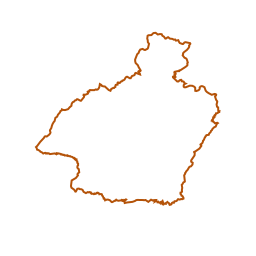 the district of Den Chai, Phrae, Thailand, rotated 165°
{"feature_id": "78962969B35884662782680", "entity_name": "Den Chai", "entity_type": "district", "adm_level": 2, "iso_a3": "THA", "parent_name": "Thailand", "parent_adm1": "Phrae", "projection": "albers", "projection_center": [100.03, 17.912], "detail": "fine", "context": "isolated", "style": "outline", "palette": "amber", "viewbox_px": 256, "rotation_deg": 165, "n_neighbors": 0, "source": "geoboundaries", "source_scale": "gbopen_adm2", "svg_char_len": 5762}
<svg xmlns="http://www.w3.org/2000/svg" viewBox="0 0 256 256"><g transform="rotate(165 128 128)"><path d="M221.8,133.4L221.4,132.3L221.4,130.6L220.2,129.9L219.0,128.5L218.8,127.8L217.5,126.8L216.5,125.3L214.9,125.5L214.0,125.3L213.6,124.9L213.6,124.5L212.9,124.6L212.4,124.2L211.8,124.4L211.3,123.9L210.8,123.8L210.2,123.0L205.4,122.4L204.1,121.3L203.5,122.2L203.1,122.1L202.6,121.3L201.8,121.5L199.8,120.4L199.5,119.7L198.8,119.8L198.3,119.1L197.7,119.1L197.3,118.6L196.7,118.6L196.1,117.7L195.0,117.7L193.9,116.8L193.5,117.2L192.1,115.9L191.3,115.9L190.9,115.3L189.1,114.3L188.4,113.0L187.7,113.0L187.5,111.8L186.8,112.0L186.4,111.3L185.9,111.0L186.5,110.3L185.6,108.9L186.0,107.5L185.4,106.6L185.9,104.8L186.5,104.5L187.1,103.3L187.0,102.1L186.2,101.0L186.6,97.8L188.3,97.0L188.8,96.3L188.6,95.2L191.3,93.2L196.0,91.9L198.1,86.7L198.1,85.0L196.0,82.4L195.3,80.2L194.9,80.1L194.6,80.3L192.7,82.4L191.1,82.2L190.6,81.5L188.9,80.9L187.9,80.0L187.4,77.8L185.5,76.0L183.4,76.5L182.7,76.0L181.7,76.1L180.6,75.4L180.8,74.8L180.4,74.6L180.3,73.9L178.5,73.5L178.1,72.9L176.9,72.9L176.8,73.1L176.5,72.8L175.6,72.9L175.2,73.3L174.8,73.2L174.4,73.5L173.7,73.2L173.3,72.8L173.4,72.4L172.5,71.7L172.6,71.4L171.1,71.2L170.4,70.7L170.5,69.4L169.9,68.6L169.8,66.9L169.5,66.6L169.7,66.0L169.0,65.6L168.8,65.2L169.1,65.1L169.0,64.7L168.8,65.0L168.7,64.6L167.9,64.2L167.0,64.3L165.8,64.0L164.2,62.9L163.0,60.7L162.2,60.5L159.7,61.2L159.4,61.0L158.0,61.8L157.3,60.8L157.0,60.8L156.1,60.2L153.3,59.9L152.7,60.2L152.4,59.9L152.3,59.0L152.0,58.9L151.3,59.8L150.7,59.7L150.6,59.9L150.6,59.5L149.8,59.3L148.5,59.6L148.3,59.4L150.2,58.4L150.6,57.5L150.6,56.4L148.2,56.3L142.8,55.5L140.2,55.7L138.7,56.2L137.6,56.1L131.7,54.4L131.3,54.1L129.7,53.9L127.5,51.4L124.3,52.8L123.3,51.9L122.5,51.8L122.4,51.2L122.0,51.0L121.6,50.9L120.9,51.5L119.6,51.2L120.7,50.0L119.9,50.2L118.9,49.3L118.1,49.3L117.9,48.9L118.3,48.4L116.7,47.8L116.5,47.4L116.3,47.9L114.9,48.2L114.0,47.5L113.9,48.2L113.5,48.5L113.4,47.3L114.6,46.9L114.8,46.4L114.4,45.4L113.6,44.9L112.5,45.6L111.2,45.0L111.1,45.6L109.1,46.3L109.0,45.7L108.2,45.2L107.4,43.7L107.8,43.4L107.7,43.0L106.5,42.9L105.8,43.1L105.0,44.2L103.9,44.5L103.1,43.9L102.0,45.2L100.8,44.9L99.9,45.0L98.0,46.3L97.0,45.6L95.8,45.5L94.9,45.7L94.2,45.2L92.7,45.4L92.5,46.2L93.0,48.1L93.9,48.9L93.8,49.8L94.4,50.8L94.0,52.0L93.2,52.0L92.3,52.5L92.0,54.2L91.1,56.2L90.8,59.2L89.9,59.7L88.6,61.1L87.2,61.4L86.9,61.7L86.0,67.7L84.7,69.0L84.5,69.7L84.0,69.9L83.1,71.0L81.3,72.1L79.3,74.1L78.6,74.6L77.0,74.7L75.2,76.0L74.5,77.7L75.7,79.1L75.5,80.0L75.1,80.6L70.8,84.3L70.0,86.6L70.4,87.4L70.3,87.8L68.9,88.0L64.4,89.6L61.8,91.7L61.7,92.3L62.3,92.9L62.3,93.3L60.1,94.2L59.1,95.5L58.9,96.2L57.7,97.0L56.5,98.7L55.9,99.0L55.5,99.8L54.6,100.2L54.1,100.8L51.8,100.5L51.0,101.7L49.3,102.6L48.6,103.7L47.5,104.2L46.7,105.2L44.6,106.4L42.9,106.7L41.1,109.1L40.0,109.5L40.3,109.9L42.8,110.1L44.0,112.4L44.5,112.5L44.4,113.0L45.2,113.4L44.9,113.9L43.9,114.1L43.7,114.8L42.9,115.2L43.0,116.2L41.7,116.2L41.7,117.2L40.6,117.4L40.7,118.1L39.7,118.5L39.2,119.4L38.1,119.2L36.6,119.6L36.2,119.9L35.7,119.8L35.4,120.5L36.0,120.5L36.4,121.0L35.6,124.6L36.3,125.2L36.5,125.6L36.3,128.0L35.4,129.4L34.9,130.6L35.6,132.5L35.8,135.7L35.7,136.2L34.6,136.6L34.2,137.3L34.5,138.0L35.6,138.5L38.5,138.4L41.0,140.7L42.5,142.4L43.3,143.9L43.6,147.6L45.1,149.0L46.1,149.4L47.3,149.3L48.3,148.6L48.6,147.3L49.3,146.6L50.2,146.2L52.4,146.0L53.4,146.5L52.7,149.5L53.2,150.6L54.9,152.1L57.3,152.9L61.6,152.4L63.1,152.8L63.5,153.5L63.1,155.0L62.3,155.7L60.9,156.0L61.9,156.8L62.2,158.3L62.7,158.7L64.0,159.2L63.9,160.3L64.2,160.8L65.6,160.8L67.2,159.9L68.4,160.2L71.4,165.2L71.3,165.9L70.8,166.1L69.5,164.8L68.9,165.0L69.2,167.8L68.2,167.7L67.9,168.0L68.2,169.5L68.7,169.9L68.5,170.2L65.4,170.1L63.9,169.7L63.4,170.4L62.6,170.2L56.4,172.2L54.5,173.1L54.2,173.8L54.0,175.2L53.3,175.7L53.4,178.4L53.6,179.7L54.3,180.6L55.2,181.2L56.4,184.0L55.7,185.0L55.5,185.9L54.2,186.8L50.8,188.2L48.7,189.7L47.8,190.7L47.7,191.8L46.0,193.2L46.1,193.9L50.2,196.0L51.3,196.0L53.0,194.9L53.6,195.0L56.0,196.7L56.4,197.8L56.7,199.8L59.1,200.0L59.6,201.3L60.8,201.4L62.1,202.6L64.4,203.5L65.7,205.3L66.3,205.3L68.1,204.6L68.8,204.7L69.7,207.0L70.9,208.2L71.2,209.9L72.9,210.5L75.0,210.6L76.7,212.8L78.6,213.1L79.3,212.9L81.3,211.7L84.3,212.3L85.2,212.0L86.3,209.3L86.2,207.9L86.6,205.7L85.9,203.9L87.9,200.2L88.6,199.5L91.3,198.9L92.1,199.3L93.4,200.6L95.8,200.6L97.1,199.5L98.4,197.7L100.0,196.9L103.4,192.3L103.8,190.5L103.8,188.8L102.2,186.0L102.0,184.2L100.9,180.3L101.3,179.8L102.9,180.2L103.4,179.9L103.3,179.1L102.5,177.5L102.5,176.6L106.2,179.2L106.8,179.1L108.1,177.4L110.8,177.1L112.5,175.4L113.4,175.6L115.5,177.7L116.3,177.8L117.4,177.2L118.8,175.7L120.1,175.2L121.1,175.3L121.7,174.7L123.1,174.6L124.1,173.7L125.1,173.7L125.6,174.5L126.1,174.6L126.5,174.2L126.9,172.6L128.7,172.8L129.1,172.4L129.6,170.9L130.4,170.8L131.0,170.3L131.9,170.6L132.8,170.2L133.8,170.2L134.3,169.8L135.3,168.5L136.8,169.7L139.6,174.1L141.0,174.6L142.3,175.4L142.6,176.5L143.8,177.7L145.0,175.1L146.0,173.9L147.1,173.1L148.2,173.0L149.0,173.6L150.9,173.3L155.0,174.5L155.7,174.2L156.0,173.2L157.3,173.6L157.6,173.5L157.6,171.9L158.0,171.5L160.4,171.2L162.2,171.7L162.5,171.2L162.0,170.3L162.6,169.2L166.3,166.5L166.8,166.6L169.2,168.8L169.9,169.0L171.0,168.3L172.2,168.3L173.4,167.4L174.5,167.3L175.2,166.9L176.3,165.7L176.9,164.1L179.0,163.1L181.0,161.7L184.2,161.6L186.1,162.3L187.0,163.1L187.6,162.1L188.8,161.9L189.8,160.6L192.2,159.0L193.5,157.3L195.5,156.6L197.1,153.7L198.3,152.9L199.8,151.4L200.9,149.9L202.1,147.8L203.9,146.1L204.1,145.5L204.0,143.8L204.6,142.9L206.0,141.9L208.7,140.8L210.0,141.4L210.7,141.3L211.8,140.2L216.4,137.3L220.3,134.2L221.8,133.4Z" fill="none" stroke="#b45309" stroke-width="2"/></g></svg>